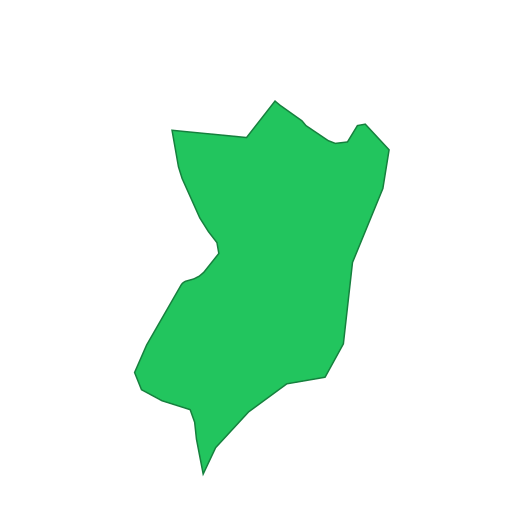 SVG path tracing the border of Genève, rotated 326°
{"feature_id": "CHE-159", "entity_name": "Genève", "entity_type": "Canton", "adm_level": 1, "iso_a3": "CHE", "parent_name": "Switzerland", "parent_adm1": "", "projection": "albers", "projection_center": [6.105, 46.231], "detail": "fine", "context": "isolated", "style": "filled", "palette": "green", "viewbox_px": 512, "rotation_deg": 326, "n_neighbors": 0, "source": "natural_earth", "source_scale": "10m", "svg_char_len": 671}
<svg xmlns="http://www.w3.org/2000/svg" viewBox="0 0 512 512"><g transform="rotate(326 256 256)"><path d="M197.7,241.0L203.7,240.3L226.6,233.1L231.1,223.1L230.2,209.2L230.7,193.0L238.1,150.4L241.6,138.7L256.7,104.8L266.8,113.2L314.4,152.5L358.4,138.2L360.1,144.2L369.7,169.7L370.3,175.8L380.3,200.6L384.7,207.0L395.6,212.6L413.0,204.6L420.3,207.8L425.7,242.4L398.9,271.0L332.4,315.3L279.3,377.7L245.5,395.1L210.1,379.2L162.7,381.1L115.4,392.3L90.3,407.2L104.2,374.6L112.2,359.5L115.5,346.6L97.1,323.4L86.3,302.8L90.2,284.7L115.6,268.6L177.9,238.1L179.7,237.5L181.4,237.4L183.3,237.5L191.5,240.2L197.7,241.0Z" fill="#22c55e" stroke="#15803d" stroke-width="1.5"/></g></svg>